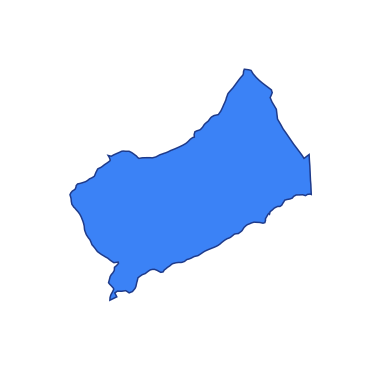 Kitutu Masaba, Nyanza, Kenya (Mercator projection), rotated 300°
{"feature_id": "3690345B6563140226542", "entity_name": "Kitutu Masaba", "entity_type": "district", "adm_level": 2, "iso_a3": "KEN", "parent_name": "Kenya", "parent_adm1": "Nyanza", "projection": "mercator", "projection_center": [34.893, -0.689], "detail": "fine", "context": "isolated", "style": "filled", "palette": "blue", "viewbox_px": 384, "rotation_deg": 300, "n_neighbors": 0, "source": "geoboundaries", "source_scale": "gbopen_adm2", "svg_char_len": 3962}
<svg xmlns="http://www.w3.org/2000/svg" viewBox="0 0 384 384"><g transform="rotate(300 192 192)"><path d="M324.5,175.9L323.0,176.2L322.1,176.4L320.0,177.4L318.5,177.6L316.3,177.1L314.7,176.8L312.5,176.5L309.9,176.2L308.1,176.0L306.1,175.8L304.5,175.6L302.6,175.4L300.4,174.9L299.4,174.7L298.0,174.4L295.5,174.0L294.6,174.0L293.3,174.3L290.7,174.7L289.8,175.0L288.5,175.3L286.2,175.6L285.3,175.7L283.8,175.8L280.5,176.2L277.9,176.4L276.6,176.5L275.6,176.4L272.2,176.1L270.0,173.7L269.3,172.9L268.5,172.4L266.7,171.4L265.7,171.1L264.3,170.9L261.5,170.6L260.0,170.0L258.1,169.3L256.5,168.9L253.5,168.8L250.9,168.2L250.0,167.9L249.0,167.1L247.4,165.6L246.5,165.0L245.6,164.4L242.9,165.1L240.7,166.6L239.5,165.4L237.0,164.2L233.8,163.4L231.4,162.6L229.9,161.8L227.7,160.5L225.5,159.0L224.2,158.1L221.9,156.4L220.8,155.6L219.8,154.8L217.3,152.8L215.1,151.4L212.6,149.5L211.7,148.6L210.6,147.7L208.2,145.6L205.6,144.0L204.2,143.1L201.6,140.4L201.1,139.2L199.4,136.2L198.2,134.2L196.7,131.8L194.6,129.3L194.7,127.8L195.4,125.8L195.5,124.7L195.7,123.2L196.0,120.1L195.8,117.1L194.2,114.4L193.1,112.0L192.1,110.7L189.9,109.2L188.7,108.3L187.5,107.4L185.0,105.6L182.6,104.2L181.7,101.1L180.6,103.1L179.0,105.0L178.2,105.4L176.6,104.8L174.8,104.0L171.8,102.5L169.0,101.4L167.6,100.7L166.1,99.6L164.8,98.8L161.0,99.0L159.5,99.2L157.5,99.5L156.6,99.5L153.9,98.0L153.0,97.3L152.2,96.7L150.1,95.9L149.0,95.4L147.8,94.7L146.3,93.4L145.3,92.5L143.4,90.7L142.7,89.9L141.8,88.9L139.7,88.5L138.4,89.0L136.3,89.4L134.9,88.9L133.0,87.9L130.7,87.5L128.6,87.7L127.0,89.4L126.3,90.1L125.5,90.8L123.6,92.1L121.3,94.1L119.7,97.4L119.6,98.3L118.8,100.4L118.4,101.6L118.0,102.9L116.7,105.9L115.1,108.4L114.0,109.8L112.1,112.2L110.5,113.9L108.7,115.6L106.0,117.5L105.0,118.4L104.1,119.5L102.7,121.2L102.1,122.0L101.0,124.2L100.4,125.4L99.8,127.1L99.3,127.9L98.6,128.9L96.3,131.8L95.9,133.1L94.7,136.3L93.6,138.7L93.1,140.0L92.7,143.7L92.6,145.1L92.6,146.5L92.5,149.5L92.6,152.0L92.0,155.4L91.7,159.7L94.4,163.1L93.4,164.0L90.8,163.5L88.0,162.5L85.3,163.9L82.6,163.9L81.5,163.7L80.3,163.4L77.9,163.4L74.7,164.3L71.7,165.1L71.0,166.8L70.4,169.0L69.5,171.8L68.8,172.8L65.8,173.1L63.6,173.1L62.1,173.2L59.6,173.8L57.2,175.0L63.6,179.3L66.0,175.6L67.4,176.3L68.8,176.9L70.8,180.6L73.4,183.9L73.4,185.4L73.2,188.0L76.0,190.2L80.0,190.9L82.0,190.7L83.9,190.1L86.0,189.4L87.4,189.1L90.7,188.1L91.9,188.6L93.1,189.1L95.6,190.3L98.0,192.3L101.0,193.5L102.9,194.4L103.9,195.0L105.4,196.7L106.3,198.3L106.7,201.0L106.7,202.8L106.8,205.1L108.3,206.9L110.7,207.0L112.0,207.6L114.3,208.4L116.9,209.7L119.2,210.5L120.3,211.1L122.7,213.5L124.2,215.5L125.1,217.1L125.6,217.9L126.2,218.6L128.1,220.2L130.9,221.3L132.6,223.0L133.5,223.7L134.4,224.4L137.0,226.0L138.0,227.0L139.2,228.3L139.9,229.0L140.8,229.5L143.4,230.8L146.1,232.1L147.3,232.8L149.0,234.0L150.2,234.9L151.5,235.9L153.8,237.7L155.3,238.9L157.1,240.2L158.5,241.1L161.0,242.3L162.0,242.6L163.2,243.0L165.2,243.8L166.6,244.4L169.0,245.7L171.2,247.5L172.3,248.1L174.6,249.0L176.6,249.7L177.7,250.8L179.2,252.9L182.2,254.2L183.4,254.6L184.5,254.7L187.3,254.8L190.2,255.7L191.6,256.4L193.3,257.8L194.3,258.5L195.1,259.1L196.9,260.8L198.1,263.2L199.5,265.9L200.5,269.1L201.9,270.4L204.3,269.8L205.5,269.0L208.8,269.0L210.9,269.0L211.9,269.3L211.6,270.2L214.0,269.5L216.5,270.5L219.2,271.3L221.1,272.5L222.4,273.5L223.5,275.4L225.4,276.3L227.6,276.3L229.3,276.4L231.3,276.4L232.9,277.9L234.9,280.3L236.9,281.9L239.0,282.2L241.5,283.7L243.2,286.5L245.0,289.3L245.6,292.1L247.7,293.2L249.3,295.4L249.5,296.5L252.8,294.4L258.0,291.1L261.3,288.8L273.5,281.0L278.2,277.8L283.0,274.7L277.1,272.2L278.8,268.9L280.2,265.7L282.3,260.8L284.2,256.2L290.2,243.7L292.2,239.3L294.6,235.4L297.9,229.6L305.8,223.7L310.0,216.2L312.8,212.5L315.7,212.2L318.2,211.8L319.4,210.4L320.1,209.8L320.4,207.7L320.7,205.3L321.2,201.2L321.6,198.2L322.3,194.4L323.3,190.4L324.9,185.8L326.8,182.4L326.2,180.0L324.5,175.9Z" fill="#3b82f6" stroke="#1e3a8a" stroke-width="1.5"/></g></svg>